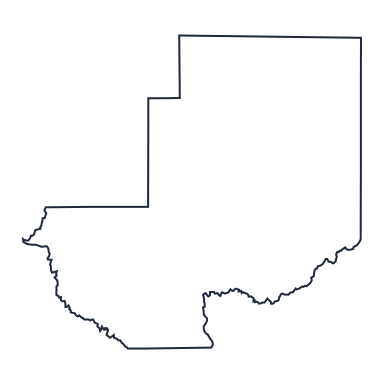 Cacoal, Rondônia, Brazil (Natural Earth projection)
{"feature_id": "56859067B12179645667792", "entity_name": "Cacoal", "entity_type": "district", "adm_level": 2, "iso_a3": "BRA", "parent_name": "Brazil", "parent_adm1": "Rondônia", "projection": "natural_earth1", "projection_center": [-61.428, -11.303], "detail": "fine", "context": "isolated", "style": "outline", "palette": "slate", "viewbox_px": 384, "rotation_deg": 0, "n_neighbors": 0, "source": "geoboundaries", "source_scale": "gbopen_adm2", "svg_char_len": 3175}
<svg xmlns="http://www.w3.org/2000/svg" viewBox="0 0 384 384"><path d="M361.0,37.8L203.0,35.8L179.2,35.5L179.8,98.0L166.5,98.2L148.3,98.3L148.3,117.5L148.2,164.9L148.1,190.9L148.1,206.9L125.8,206.9L117.9,206.9L110.3,206.9L95.0,206.9L87.5,206.9L45.7,207.3L44.4,210.4L46.3,213.3L45.2,216.2L44.7,218.1L42.7,218.1L42.4,220.9L41.8,222.9L41.2,226.0L40.2,227.2L40.4,228.8L36.6,229.7L35.2,230.3L34.6,232.4L34.1,234.2L32.8,235.6L31.0,235.6L30.1,238.2L29.2,239.4L27.9,240.7L26.4,240.4L24.4,240.1L23.0,239.1L23.5,242.1L25.0,242.9L27.3,244.1L31.7,244.7L36.1,244.8L39.8,246.1L41.6,246.8L46.6,246.2L47.9,247.7L48.6,249.9L48.7,251.7L49.7,254.0L48.9,256.5L47.5,258.2L48.1,259.6L51.5,259.7L50.0,264.5L50.8,266.1L51.0,270.1L52.1,272.7L56.8,271.2L56.2,273.2L56.6,275.7L54.5,277.4L57.3,280.5L57.8,284.9L56.4,286.5L56.5,289.8L56.3,292.3L56.5,295.1L58.5,296.1L59.1,297.6L60.9,297.1L60.9,300.2L62.6,301.3L64.7,301.0L65.3,303.1L65.5,307.1L67.0,306.9L68.5,305.4L69.8,308.1L69.2,309.3L70.8,310.6L70.7,312.3L72.6,312.9L74.7,313.2L75.4,314.6L76.6,315.8L77.9,316.4L79.1,315.3L81.6,317.6L82.9,317.9L83.7,319.1L85.2,319.6L88.2,319.3L90.2,320.5L91.3,319.8L93.2,319.5L94.0,321.2L94.8,322.7L97.8,324.0L97.4,326.5L99.5,328.3L100.2,330.9L101.1,329.6L101.9,326.6L104.0,329.7L105.7,329.5L105.4,328.1L106.7,328.1L108.0,329.7L107.5,332.1L106.5,334.8L110.0,337.7L112.2,336.3L113.8,335.0L114.2,337.9L117.0,338.8L118.3,340.4L120.3,340.4L121.6,342.7L123.6,344.2L125.2,346.6L126.6,347.0L127.8,348.5L148.4,348.5L175.2,348.1L211.2,347.6L212.8,344.7L212.7,342.9L212.2,341.5L209.5,337.7L207.7,334.4L205.7,333.3L204.2,330.5L203.7,328.4L203.8,326.0L205.8,323.4L207.1,320.6L207.0,318.4L205.7,316.9L203.9,314.8L203.6,311.1L203.1,307.4L204.6,306.8L204.7,303.7L204.0,301.7L204.1,299.3L203.7,297.0L203.1,295.0L204.3,293.7L205.6,293.1L207.1,295.2L208.4,296.5L209.8,295.4L210.0,293.8L209.9,292.1L211.9,292.0L213.9,291.9L214.9,293.7L217.5,293.1L219.0,295.2L220.4,296.0L221.1,293.6L222.1,292.3L223.3,292.9L224.7,293.6L227.0,292.9L228.5,292.3L229.4,290.7L230.5,289.3L232.0,290.8L233.3,291.0L234.8,289.3L236.2,288.7L237.6,289.3L238.9,289.7L238.6,291.5L241.2,290.9L241.7,293.0L242.9,292.2L244.3,292.8L247.0,293.7L248.2,294.8L248.7,296.7L251.0,296.4L253.6,298.2L253.5,301.3L254.7,300.5L255.0,302.2L256.4,301.7L258.1,302.3L258.9,303.6L261.0,303.4L262.4,302.5L264.3,302.6L265.4,301.4L267.3,298.5L268.9,300.1L270.9,301.9L271.1,303.7L272.4,303.8L273.8,303.1L274.4,301.7L277.8,300.8L278.9,299.7L278.9,297.9L280.0,296.2L280.8,294.3L282.5,293.5L284.4,294.6L286.2,294.6L288.3,294.7L290.5,292.5L292.9,292.2L294.7,289.8L295.7,288.5L296.7,289.4L299.3,288.5L302.1,286.5L303.4,286.9L305.1,285.8L306.5,286.2L310.2,283.2L311.8,280.4L311.2,277.7L313.7,276.3L314.4,271.0L315.6,268.7L317.0,268.6L317.8,266.2L319.6,265.9L321.1,265.2L323.0,263.7L324.6,261.1L325.7,259.0L327.1,258.9L328.7,261.6L331.4,262.1L332.6,263.4L334.2,262.8L335.8,261.0L336.0,259.5L336.8,256.4L336.1,254.5L337.1,252.1L338.8,251.9L339.6,250.7L341.2,250.8L342.0,249.6L345.2,247.4L346.6,249.2L348.1,249.9L351.0,249.6L353.3,248.8L353.5,247.1L356.9,245.3L358.3,243.5L359.9,241.2L360.7,239.1L360.8,189.0L360.9,167.0L360.9,68.6L361.0,37.8Z" fill="none" stroke="#1e293b" stroke-width="2"/></svg>